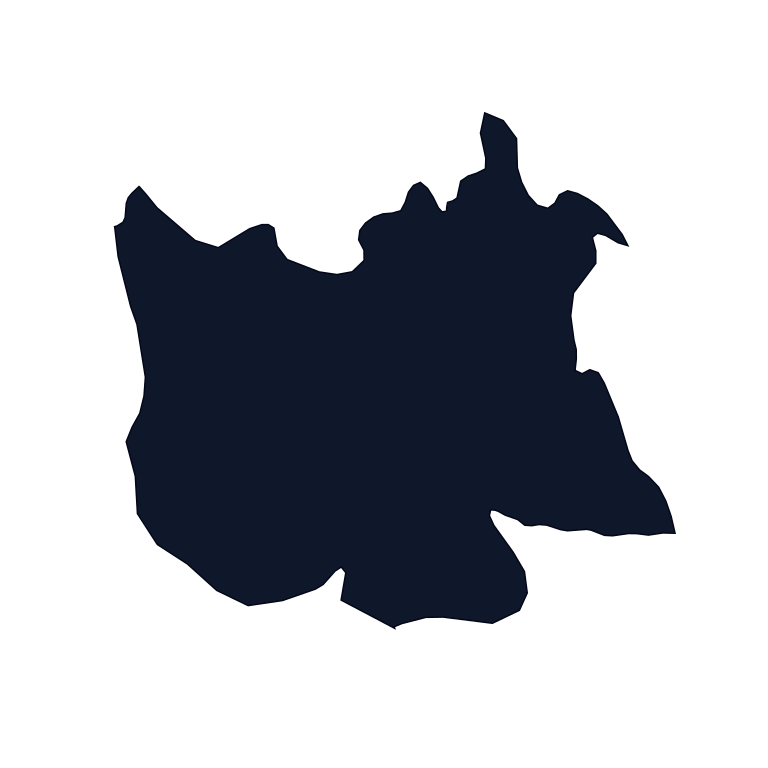 an SVG outline of Benue, rotated 163°
{"feature_id": "NGA-2846", "entity_name": "Benue", "entity_type": "State", "adm_level": 1, "iso_a3": "NGA", "parent_name": "Nigeria", "parent_adm1": "", "projection": "equal_earth", "projection_center": [8.494, 7.276], "detail": "fine", "context": "isolated", "style": "filled", "palette": "ink", "viewbox_px": 768, "rotation_deg": 163, "n_neighbors": 0, "source": "natural_earth", "source_scale": "10m", "svg_char_len": 1947}
<svg xmlns="http://www.w3.org/2000/svg" viewBox="0 0 768 768"><g transform="rotate(163 384 384)"><path d="M595.7,613.2L593.0,613.2L586.3,615.0L582.9,618.8L577.6,632.2L574.1,636.9L569.5,640.0L560.5,644.5L560.4,644.4L556.0,634.7L549.6,619.0L522.6,576.4L502.6,562.8L467.0,571.8L454.2,572.1L448.1,570.3L443.7,565.3L445.9,547.1L440.3,531.4L413.2,510.1L397.0,502.4L381.5,500.6L366.9,508.0L364.0,517.8L366.1,529.3L362.2,537.9L354.7,543.3L345.1,546.6L335.2,547.0L326.2,545.0L317.3,544.8L310.6,551.5L304.5,560.3L297.7,565.3L290.3,566.2L285.2,558.4L282.4,548.3L280.5,536.5L278.1,531.6L273.6,531.0L272.6,534.2L270.1,539.1L264.9,539.0L259.8,540.5L251.3,555.6L242.6,558.3L233.8,558.5L224.1,560.1L220.6,570.2L218.4,595.7L208.4,613.8L192.9,600.9L185.5,580.0L193.3,551.6L193.4,536.9L190.9,522.3L185.2,510.2L175.9,504.1L167.7,507.0L161.0,513.7L151.9,515.1L143.3,509.6L134.9,501.3L127.4,491.8L121.2,481.4L112.5,457.3L110.3,445.0L118.9,450.7L128.6,461.3L135.8,465.8L141.9,463.3L142.5,449.5L146.2,437.5L176.1,415.7L185.5,394.7L189.5,370.4L190.1,360.7L192.7,351.9L197.3,341.2L191.6,335.9L183.0,337.5L175.8,332.1L173.1,320.4L169.6,284.0L170.1,249.0L169.2,238.0L164.7,227.1L158.1,218.2L151.5,205.0L148.7,189.7L148.1,173.6L149.3,156.2L160.8,160.0L175.3,162.2L186.0,167.0L193.8,169.5L209.7,172.0L217.4,174.8L228.7,183.7L232.5,185.7L251.5,190.0L257.7,193.1L269.7,201.5L276.9,204.3L284.2,205.3L290.7,207.8L295.8,215.3L306.3,223.0L311.9,228.8L314.4,230.7L317.2,231.9L318.9,232.3L321.7,227.3L320.3,216.7L309.7,185.4L304.5,163.6L308.1,142.3L320.7,128.0L350.3,123.5L395.8,143.9L412.2,148.6L437.0,149.7L445.2,148.9L445.2,147.2L488.2,189.9L475.7,214.7L478.4,221.5L485.5,219.4L500.8,210.1L509.7,207.9L544.3,206.6L578.7,211.8L604.3,235.5L624.6,269.3L647.7,296.8L657.7,332.1L648.8,368.4L647.4,404.2L637.4,416.5L626.1,427.4L617.0,442.7L610.2,460.3L602.8,513.2L603.6,532.5L601.0,583.6L595.7,612.5L595.7,613.1L595.7,613.2Z" fill="#0f172a" stroke="#020617" stroke-width="1.5"/></g></svg>